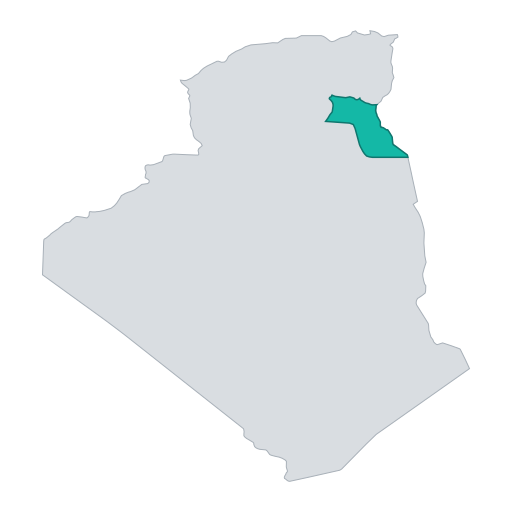 location of El Oued within Algeria
{"feature_id": "DZA-2191", "entity_name": "El Oued", "entity_type": "Province", "adm_level": 1, "iso_a3": "DZA", "parent_name": "Algeria", "parent_adm1": "", "projection": "natural_earth1", "projection_center": [6.786, 33.25], "detail": "fine", "context": "in_parent", "style": "filled", "palette": "teal", "viewbox_px": 512, "rotation_deg": 0, "n_neighbors": 0, "source": "natural_earth", "source_scale": "10m", "svg_char_len": 4964}
<svg xmlns="http://www.w3.org/2000/svg" viewBox="0 0 512 512"><path d="M397.4,34.6L397.8,35.9L397.9,37.1L396.0,38.3L394.7,38.9L393.3,42.1L390.5,44.3L390.0,45.0L390.1,45.5L391.9,46.5L392.6,47.5L392.9,48.7L392.1,53.2L390.9,61.1L390.9,62.8L391.6,64.8L392.3,66.4L392.6,68.2L392.3,72.7L393.2,75.2L393.9,77.6L392.3,80.6L391.6,83.2L391.2,86.9L391.0,89.3L389.9,91.5L388.5,93.5L387.0,94.8L385.0,95.9L382.8,97.4L381.0,101.2L377.1,104.5L376.3,105.6L375.9,108.1L376.0,111.7L376.7,114.6L378.6,118.8L380.3,123.4L380.7,125.8L381.4,126.6L383.7,128.2L387.7,130.2L388.5,131.1L390.5,134.3L392.4,140.0L393.0,143.8L400.1,149.6L407.0,154.7L407.5,155.5L411.3,172.9L412.6,179.1L417.5,201.4L415.5,202.7L413.2,204.3L414.9,207.3L418.1,212.2L420.1,216.2L420.7,217.9L422.3,222.9L423.5,227.7L423.9,229.2L424.3,232.9L423.9,243.0L424.8,255.9L426.1,262.3L424.2,268.1L422.7,273.7L422.8,276.4L423.7,280.8L424.6,284.0L425.8,285.7L425.6,291.1L425.1,293.1L421.5,295.9L417.5,298.5L416.4,300.7L416.1,303.1L416.7,305.1L428.2,323.4L428.6,325.3L428.9,330.4L430.8,336.9L432.9,339.8L433.7,341.9L435.1,343.4L436.6,344.5L437.5,344.6L442.6,342.9L451.4,345.8L459.7,348.8L460.3,349.4L465.2,359.3L469.5,368.6L376.2,434.4L365.9,444.4L341.7,469.0L339.8,470.2L307.8,477.4L291.2,481.0L290.4,481.2L289.5,481.3L288.8,481.2L287.4,480.6L285.7,479.1L284.5,478.4L284.3,477.2L284.9,475.7L285.8,474.3L286.1,473.2L286.7,472.4L287.4,471.7L287.4,470.7L286.9,469.2L286.3,467.0L286.4,463.1L286.4,461.3L284.9,459.8L282.0,458.2L279.3,457.2L278.1,456.9L275.2,456.3L271.1,455.2L269.7,454.5L267.1,450.9L265.8,449.9L259.7,449.3L257.7,448.7L256.1,447.9L254.7,446.7L253.9,444.7L253.7,443.1L253.1,442.3L246.5,438.4L244.8,437.0L243.9,435.8L243.9,433.9L244.1,431.7L243.8,429.7L243.5,428.7L126.9,336.6L120.7,331.8L106.6,321.2L42.5,274.8L43.7,241.5L43.9,239.8L44.3,239.1L46.4,237.9L49.8,235.1L51.0,233.8L52.6,232.6L58.2,228.8L59.4,227.7L64.8,223.4L66.1,222.7L69.0,222.3L70.2,221.5L71.8,219.7L74.3,217.8L75.8,216.8L76.2,216.6L77.2,216.5L82.1,217.1L84.1,217.5L86.6,217.9L87.3,217.7L88.0,217.0L89.0,215.6L89.2,214.0L89.3,212.5L89.5,211.9L89.9,211.6L91.0,211.7L92.4,211.9L95.4,211.9L96.4,211.7L99.7,211.4L104.4,210.4L111.2,208.2L114.4,205.7L116.8,203.0L119.4,199.0L121.4,195.6L125.3,193.4L128.6,192.1L130.5,191.6L134.7,189.8L141.8,184.4L147.6,183.6L148.3,183.1L149.1,182.2L149.2,180.6L148.3,179.5L147.1,178.9L146.3,178.2L145.5,178.1L145.1,177.3L145.4,175.9L145.5,174.6L146.1,173.2L146.0,171.4L145.2,169.5L145.0,168.1L145.1,166.8L145.5,165.8L146.7,165.1L148.1,164.8L150.1,165.1L153.4,164.7L162.1,161.5L162.7,160.5L163.4,158.2L164.0,156.3L164.9,155.6L165.4,155.5L172.4,154.2L173.9,154.1L186.7,154.7L197.7,155.1L198.7,154.7L198.7,153.2L198.1,150.6L198.6,148.9L200.2,147.4L202.2,145.7L201.3,143.6L199.8,142.2L197.6,140.5L196.5,139.8L194.5,137.8L193.4,135.5L192.7,130.6L191.2,127.9L190.2,124.5L191.3,118.3L190.0,114.6L189.8,113.0L189.8,111.1L190.3,107.8L190.2,103.2L188.6,98.4L189.4,96.8L189.8,95.9L189.7,95.2L188.2,93.7L187.6,92.5L187.9,91.3L188.8,89.6L188.7,88.9L186.3,86.8L182.1,83.4L181.0,81.9L180.4,80.1L184.5,80.6L186.6,80.3L191.5,78.1L195.4,75.2L198.4,73.6L201.1,70.4L203.5,68.3L207.0,66.1L216.9,61.3L218.4,61.2L221.7,62.3L224.5,62.0L226.5,60.3L228.6,56.3L231.9,53.8L236.0,51.3L241.6,49.0L245.2,46.8L251.0,44.9L265.3,43.7L272.7,42.7L277.7,42.9L282.8,39.5L285.4,38.4L296.3,38.1L301.5,35.6L321.1,35.6L323.5,36.4L325.8,37.8L329.8,41.0L331.8,41.7L334.4,41.1L340.4,38.0L347.2,36.4L350.9,34.5L352.4,31.9L355.6,30.9L357.4,32.9L364.4,35.0L368.7,34.4L370.6,33.8L369.9,30.7L374.5,31.5L378.0,33.0L381.7,36.0L384.1,36.6L388.4,35.2L397.4,34.6Z" fill="#d9dde1" stroke="#a8b0b8" stroke-width="1"/><path d="M380.3,122.2L380.3,125.5L380.6,126.7L381.1,127.3L381.9,127.5L382.8,127.6L383.6,127.9L385.8,129.5L386.2,129.7L386.6,129.9L387.1,129.9L387.5,129.8L387.9,130.1L389.9,133.2L391.9,136.5L392.2,137.3L392.5,140.8L392.7,143.4L393.0,144.2L393.5,144.9L396.0,146.5L399.3,149.0L403.6,152.2L407.0,154.7L407.3,155.1L407.5,155.6L407.9,157.3L372.3,157.3L369.4,156.9L366.6,156.0L364.5,153.8L362.9,151.4L360.4,146.7L359.5,144.6L355.1,128.5L353.3,124.5L349.6,123.1L325.6,121.4L327.9,118.2L329.9,114.8L331.0,113.4L331.8,112.5L332.1,112.0L332.3,111.4L333.1,106.1L333.1,104.9L333.0,104.3L332.8,103.4L332.5,102.6L332.3,102.1L331.6,101.2L330.9,100.3L329.5,99.0L329.4,98.9L329.3,98.7L329.4,98.4L329.4,98.1L329.6,97.8L329.7,97.5L330.0,97.3L330.2,97.2L331.0,96.8L331.4,96.6L331.6,96.4L331.7,96.0L331.6,95.6L331.8,95.3L331.9,95.2L332.0,95.1L333.3,95.7L335.2,96.4L345.7,97.7L349.6,96.9L350.0,96.9L353.2,97.8L354.4,98.4L354.6,98.6L354.7,98.9L354.9,99.1L355.3,99.3L355.6,99.5L355.9,99.6L356.4,99.7L357.0,99.7L357.6,99.6L358.4,99.3L359.1,98.8L359.8,98.2L360.2,99.4L360.8,100.1L365.1,102.7L366.3,103.1L368.7,103.6L370.0,104.3L371.4,104.7L372.5,104.9L376.8,104.7L376.4,105.2L376.1,105.9L376.0,107.7L375.6,110.2L375.7,111.2L376.0,112.5L376.1,113.0L376.7,114.1L376.9,115.4L377.1,116.1L378.4,118.4L379.9,121.1L380.3,122.1L380.3,122.2Z" fill="#14b8a6" stroke="#0f766e" stroke-width="1.5"/></svg>